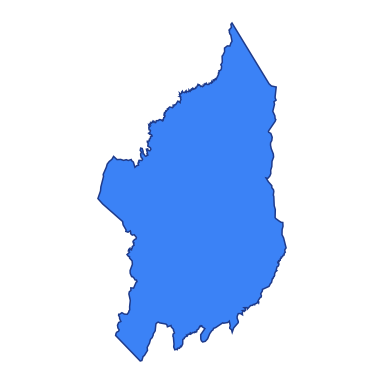 the district of Tano North Municipal, Brong Ahafo, Ghana
{"feature_id": "2480657B68079094729511", "entity_name": "Tano North Municipal", "entity_type": "district", "adm_level": 2, "iso_a3": "GHA", "parent_name": "Ghana", "parent_adm1": "Brong Ahafo", "projection": "equal_earth", "projection_center": [-2.195, 7.195], "detail": "fine", "context": "isolated", "style": "filled", "palette": "blue", "viewbox_px": 384, "rotation_deg": 0, "n_neighbors": 0, "source": "geoboundaries", "source_scale": "gbopen_adm2", "svg_char_len": 6027}
<svg xmlns="http://www.w3.org/2000/svg" viewBox="0 0 384 384"><path d="M276.2,87.0L271.5,86.0L269.1,83.9L232.0,23.0L230.9,24.3L231.4,27.5L229.0,30.1L229.5,30.6L229.3,32.0L229.9,34.0L230.8,35.0L232.0,41.3L230.9,43.0L229.9,46.0L227.3,45.9L224.5,48.1L224.6,51.8L222.8,55.4L222.1,56.1L222.3,62.4L220.8,64.8L221.6,66.0L221.4,68.8L220.6,70.2L219.0,70.8L219.3,71.5L218.7,72.4L218.8,73.2L218.4,73.3L218.5,74.5L216.1,79.3L215.6,78.8L215.0,79.7L215.0,79.1L213.8,80.1L213.3,79.9L212.5,82.4L211.8,82.7L211.6,82.0L211.2,83.2L210.5,82.9L209.4,83.5L209.7,84.2L209.1,83.6L208.9,84.4L207.1,84.5L206.4,83.6L206.0,83.9L206.0,83.4L204.6,84.6L204.3,84.2L203.9,85.5L203.4,85.4L203.6,85.8L202.6,86.7L201.4,86.1L200.8,86.5L199.5,84.9L198.5,84.6L198.6,85.3L198.0,85.4L197.8,84.8L196.7,87.0L195.6,87.4L195.9,88.0L195.2,88.6L193.5,89.2L193.5,88.5L192.7,88.2L192.6,89.2L191.8,88.8L191.3,89.2L191.4,90.1L190.7,90.0L190.2,91.2L189.3,90.3L189.5,91.1L189.1,91.4L188.8,90.9L188.2,91.7L186.6,91.4L186.4,91.8L186.2,91.0L185.8,91.5L186.1,91.8L185.4,92.2L185.5,91.4L184.4,92.6L182.4,92.0L182.3,91.3L181.7,92.0L181.7,93.2L180.6,94.0L179.7,93.2L179.9,93.9L179.4,94.5L180.4,96.4L179.7,96.6L180.8,97.0L180.6,98.6L181.0,99.6L180.2,101.0L180.2,102.6L177.9,101.1L175.6,104.7L174.3,104.9L174.0,105.8L173.2,105.3L173.0,107.2L172.6,107.7L169.7,107.0L168.3,108.3L168.4,109.0L167.6,108.9L167.8,109.4L166.6,110.5L166.4,110.0L166.3,111.1L165.8,110.9L165.0,112.7L164.5,112.7L164.5,113.2L165.0,113.1L164.9,113.6L164.1,113.9L164.0,115.2L164.7,115.3L164.6,116.0L164.9,116.1L164.4,117.5L163.7,117.7L163.1,120.6L162.6,120.9L162.0,120.0L161.5,120.4L160.6,119.7L159.3,119.6L158.5,120.6L156.3,120.7L155.7,122.6L155.1,122.7L153.9,121.3L153.3,122.0L152.9,121.2L152.1,122.5L150.9,122.4L151.2,123.2L150.1,123.5L150.7,124.3L150.1,124.0L150.3,124.7L149.8,124.5L149.3,125.6L148.8,125.1L149.1,126.9L149.6,126.8L148.8,127.7L149.1,129.8L150.2,130.1L150.5,130.8L149.8,132.5L148.6,133.2L149.6,134.1L150.0,133.7L150.5,134.6L151.5,134.7L152.1,136.0L150.5,136.8L150.4,138.5L149.3,139.2L149.4,140.8L147.3,141.3L147.8,142.2L147.5,142.6L148.2,143.2L147.8,146.1L150.4,147.8L150.9,149.3L149.8,150.8L148.2,150.4L147.7,148.9L146.4,149.2L147.5,153.2L146.9,153.8L147.9,155.0L145.8,156.3L145.0,155.8L143.9,154.0L143.2,153.9L143.1,151.2L142.2,148.5L140.7,148.1L140.2,150.4L141.5,152.1L140.6,153.9L140.7,155.7L141.3,157.8L142.0,158.0L142.6,159.2L141.8,160.5L139.1,160.3L138.6,161.3L139.1,162.1L138.0,163.1L138.5,165.2L136.7,165.7L134.9,167.3L133.4,162.1L131.7,160.7L131.2,159.5L128.2,160.5L126.3,159.7L123.6,160.4L120.7,159.4L117.0,159.6L113.6,156.4L111.9,159.3L109.2,161.5L107.2,164.1L106.3,167.3L103.2,174.4L103.5,176.6L100.9,186.8L100.5,191.0L97.9,198.6L102.7,204.0L122.6,221.5L123.1,224.8L126.1,230.0L125.8,231.4L128.0,232.2L130.3,230.9L130.7,232.1L130.6,233.4L131.2,234.3L132.3,235.1L134.2,234.7L136.4,237.4L136.1,238.8L134.5,239.6L133.0,241.3L133.2,242.6L134.0,243.0L133.6,243.7L134.0,245.3L132.3,246.5L132.3,247.8L131.8,248.8L131.4,248.6L131.4,249.8L129.6,249.0L129.6,248.6L128.8,249.4L128.4,250.7L129.2,250.6L128.8,251.2L129.5,252.2L127.0,254.6L128.5,256.4L129.5,256.6L129.6,258.1L132.1,260.9L132.4,264.3L130.1,270.5L130.2,273.3L131.6,276.6L132.3,276.5L133.9,277.9L135.1,280.0L136.5,280.0L137.0,281.7L136.1,282.3L133.6,288.1L130.8,287.9L130.9,290.5L129.3,291.8L128.9,294.0L130.3,300.5L129.6,306.7L129.7,309.9L128.8,311.2L128.8,312.0L127.2,314.3L124.4,314.1L121.9,312.7L119.4,314.4L118.7,314.3L118.6,315.5L119.5,316.8L119.6,318.6L120.9,321.5L118.7,322.5L117.5,325.2L117.9,327.9L119.2,329.9L118.5,331.3L117.0,332.0L116.1,333.2L115.6,335.5L140.2,361.0L141.9,360.5L143.1,356.5L144.4,355.5L147.5,350.4L147.2,347.4L149.4,343.3L150.5,339.3L152.1,337.7L153.2,335.1L153.2,334.0L155.2,330.8L155.8,324.8L156.1,323.6L157.5,322.4L158.4,322.1L159.7,322.9L165.8,324.0L166.9,324.8L167.4,326.8L171.0,325.5L171.2,326.8L173.5,329.4L173.5,330.5L174.5,333.0L173.1,334.1L172.9,336.3L173.4,337.3L174.0,344.0L173.7,347.0L174.8,349.8L176.4,349.2L177.2,349.7L178.0,348.1L179.5,348.2L180.1,347.1L180.9,347.0L180.9,346.1L181.6,346.2L182.7,344.0L182.8,339.5L184.3,338.5L184.3,337.8L185.3,336.9L186.8,336.1L186.7,335.5L187.3,336.0L188.2,334.2L189.8,334.2L190.0,333.6L190.4,333.9L190.5,333.0L191.4,333.7L193.0,332.4L194.2,332.7L194.8,331.9L195.8,332.3L196.2,331.5L196.7,331.6L197.1,329.8L198.5,329.0L199.7,326.4L200.1,326.7L200.9,325.6L201.8,325.8L201.8,326.5L204.9,328.6L200.7,334.7L200.8,339.1L201.4,340.8L202.7,342.0L205.3,341.3L207.6,338.8L209.7,333.7L211.7,330.8L213.0,329.9L213.5,328.4L215.6,327.6L222.8,322.8L223.6,323.2L227.8,322.5L229.3,321.1L230.3,325.9L229.7,327.4L229.8,328.4L231.5,329.7L232.2,332.3L233.7,327.9L238.2,322.7L238.3,321.5L237.1,318.1L237.2,316.2L238.3,313.6L240.3,313.5L242.5,314.8L242.2,312.5L243.3,310.9L242.8,310.6L244.2,310.5L244.4,311.2L245.6,310.2L245.2,308.5L244.2,307.7L247.0,307.6L247.4,309.0L250.6,305.5L252.6,305.3L253.3,304.4L254.7,304.8L255.0,303.9L256.9,303.2L257.7,301.8L258.6,303.0L258.8,302.0L258.3,301.3L258.4,300.2L260.2,297.5L261.2,297.0L261.4,295.7L260.7,293.8L262.4,290.9L262.4,289.4L269.0,286.4L270.4,283.6L271.5,282.5L272.4,278.6L273.0,278.5L273.7,276.6L274.2,276.5L274.7,275.0L274.5,274.0L275.5,271.7L276.8,270.7L276.2,270.4L276.9,267.0L278.3,266.0L278.9,264.5L278.8,263.2L278.0,263.1L277.7,262.1L279.1,261.5L278.8,260.6L280.2,260.3L280.4,258.6L281.3,258.1L281.1,257.2L282.5,256.7L283.1,255.3L284.1,255.0L284.2,253.4L285.3,252.2L284.8,251.0L284.9,249.6L286.1,247.9L283.6,237.9L282.0,234.7L282.1,229.6L283.0,226.3L282.8,222.5L281.1,222.3L279.1,221.0L275.8,218.6L275.1,217.6L275.3,209.5L274.2,205.7L273.8,196.5L273.3,195.1L273.8,191.5L273.5,189.8L271.8,187.6L271.8,185.7L268.4,181.8L266.1,178.0L267.6,178.4L268.2,178.0L269.8,176.0L270.8,173.6L270.7,170.2L271.8,166.6L272.0,161.3L273.6,157.0L273.3,153.9L271.2,148.6L270.5,145.1L270.6,142.7L271.8,140.5L272.2,137.2L270.8,133.4L268.7,132.3L268.4,131.2L275.1,121.4L275.8,119.5L275.1,118.7L274.9,115.9L272.8,111.3L274.5,104.3L274.0,101.7L276.1,100.1L275.2,98.2L275.1,96.9L276.2,87.0Z" fill="#3b82f6" stroke="#1e3a8a" stroke-width="1.5"/></svg>